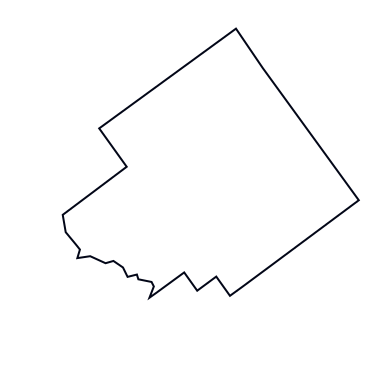 the district of Christian, Illinois, United States of America, rotated 234°
{"feature_id": "52423323B8953724848659", "entity_name": "Christian", "entity_type": "district", "adm_level": 2, "iso_a3": "USA", "parent_name": "United States of America", "parent_adm1": "Illinois", "projection": "equal_earth", "projection_center": [-89.314, 39.586], "detail": "fine", "context": "isolated", "style": "outline", "palette": "ink", "viewbox_px": 384, "rotation_deg": 234, "n_neighbors": 0, "source": "geoboundaries", "source_scale": "gbopen_adm2", "svg_char_len": 519}
<svg xmlns="http://www.w3.org/2000/svg" viewBox="0 0 384 384"><g transform="rotate(234 192 192)"><path d="M218.0,67.2L211.3,67.5L205.9,60.4L199.9,71.9L185.2,80.2L182.4,87.9L171.5,91.8L161.2,90.0L157.6,98.9L152.9,97.3L143.0,106.4L138.0,105.6L131.5,95.5L131.4,103.3L131.5,138.4L109.1,138.2L109.3,161.9L85.7,161.7L85.7,177.5L86.1,217.6L86.2,225.6L87.3,322.1L250.6,322.1L298.3,323.6L298.0,154.5L298.0,154.3L250.8,154.0L250.5,136.2L249.5,74.0L233.7,66.2L218.0,67.2Z" fill="none" stroke="#020617" stroke-width="2"/></g></svg>